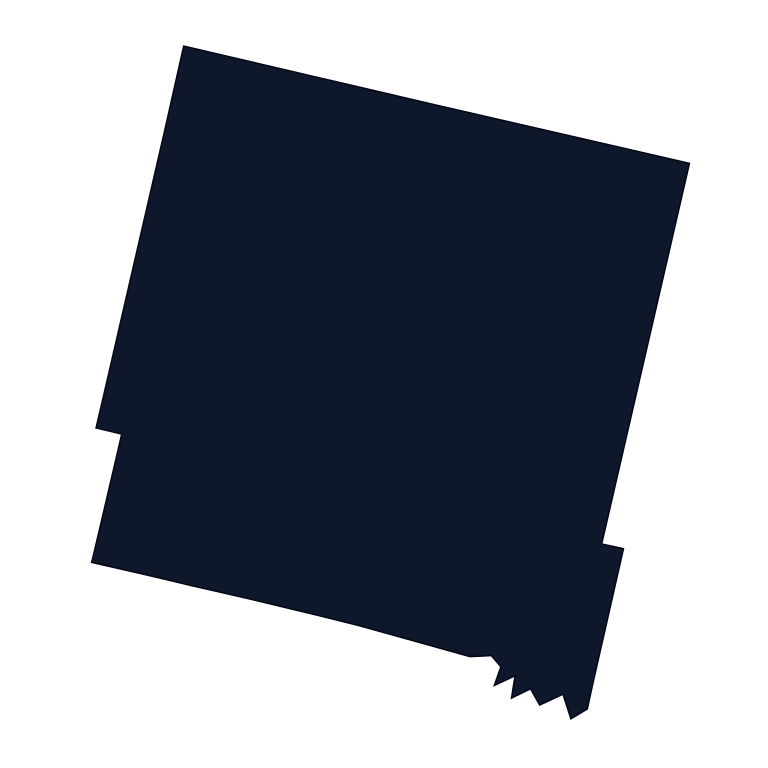 outline of Polk, Iowa, United States of America, rotated 13°
{"feature_id": "52423323B92251381588523", "entity_name": "Polk", "entity_type": "district", "adm_level": 2, "iso_a3": "USA", "parent_name": "United States of America", "parent_adm1": "Iowa", "projection": "albers", "projection_center": [-93.57, 41.673], "detail": "fine", "context": "isolated", "style": "filled", "palette": "ink", "viewbox_px": 768, "rotation_deg": 13, "n_neighbors": 0, "source": "geoboundaries", "source_scale": "gbopen_adm2", "svg_char_len": 577}
<svg xmlns="http://www.w3.org/2000/svg" viewBox="0 0 768 768"><g transform="rotate(13 384 384)"><path d="M243.4,100.2L112.8,99.8L113.3,188.4L113.4,443.2L113.4,470.2L113.3,491.6L139.7,491.8L139.7,515.6L139.5,591.7L139.3,623.6L204.8,623.5L242.6,623.8L285.8,623.7L301.9,623.7L377.3,624.4L414.4,625.1L529.1,630.3L549.7,624.5L561.5,633.3L559.3,652.9L577.3,638.8L578.9,661.4L595.3,648.0L607.9,661.8L628.2,646.0L641.4,668.2L655.2,654.9L654.9,629.7L654.4,490.6L632.1,490.9L632.0,100.3L373.4,100.5L254.5,100.2L243.4,100.2Z" fill="#0f172a" stroke="#020617" stroke-width="1.5"/></g></svg>